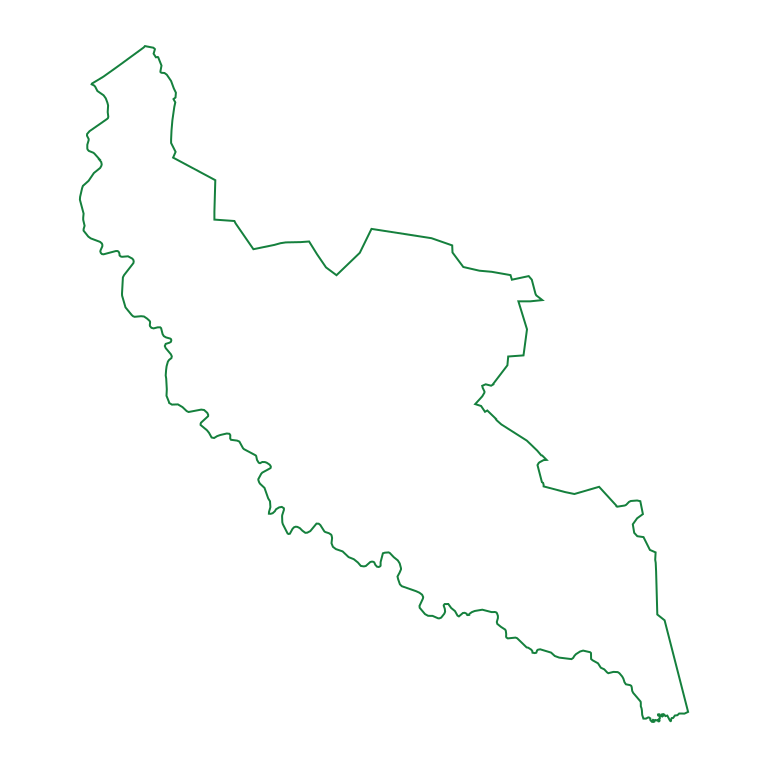 the district of Upmalas pag., Varkavas, Latvia
{"feature_id": "27541924B37499495130133", "entity_name": "Upmalas pag.", "entity_type": "district", "adm_level": 2, "iso_a3": "LVA", "parent_name": "Latvia", "parent_adm1": "Varkavas", "projection": "mercator", "projection_center": [26.475, 56.247], "detail": "fine", "context": "isolated", "style": "outline", "palette": "green", "viewbox_px": 768, "rotation_deg": 0, "n_neighbors": 0, "source": "geoboundaries", "source_scale": "gbopen_adm2", "svg_char_len": 6065}
<svg xmlns="http://www.w3.org/2000/svg" viewBox="0 0 768 768"><path d="M88.3,236.6L90.8,238.4L100.1,241.9L101.9,243.5L102.4,245.0L102.3,246.4L100.6,250.2L100.3,251.3L100.8,252.9L102.0,254.1L103.6,254.3L115.6,251.1L117.1,251.0L117.9,251.2L118.9,252.2L119.4,253.5L119.6,255.5L120.8,256.5L122.0,256.8L128.0,256.3L132.3,258.6L133.4,260.0L133.7,261.5L133.4,263.1L124.0,275.2L122.9,277.4L122.0,293.8L122.1,295.7L125.5,307.4L131.6,314.9L133.0,316.2L134.6,316.8L141.1,316.2L144.0,316.5L147.1,318.6L149.5,320.8L150.0,321.6L150.1,322.5L149.8,325.1L150.0,326.1L151.4,327.8L153.6,328.4L157.8,327.3L160.2,327.3L161.1,328.2L162.6,334.1L163.8,336.1L166.0,337.4L170.3,338.6L171.1,339.3L171.3,340.5L170.9,341.8L169.5,342.7L165.7,343.9L164.8,346.0L165.7,348.1L170.9,354.3L171.8,356.3L171.4,358.1L169.1,359.9L167.9,361.6L166.6,366.2L166.1,370.0L165.7,375.5L166.2,378.5L166.8,389.3L166.5,395.8L168.9,401.8L169.1,402.9L171.9,404.6L177.9,404.4L182.5,407.1L186.7,411.1L188.6,412.0L201.2,409.6L204.1,410.0L207.3,412.9L208.2,414.9L208.1,416.2L201.0,422.7L200.6,423.8L200.6,425.0L206.9,430.2L209.0,432.8L211.6,437.5L214.1,438.0L217.2,436.1L220.3,435.0L226.8,433.5L229.4,433.8L230.3,435.2L230.2,438.5L231.0,439.8L237.1,440.6L239.4,441.6L243.0,448.2L243.9,449.1L255.7,455.4L256.2,456.1L257.0,459.9L258.7,462.7L260.0,463.2L262.3,462.0L265.0,462.1L266.7,462.7L269.7,464.7L270.8,466.4L270.8,467.1L270.5,468.1L262.3,472.6L261.2,473.8L258.3,479.2L258.4,480.2L259.1,482.2L259.9,483.6L264.5,487.9L268.2,498.4L270.0,501.3L270.4,507.1L269.0,512.0L268.9,513.7L270.7,513.8L272.7,513.2L274.9,511.2L276.0,509.3L279.1,507.4L281.8,506.9L283.9,508.3L283.9,509.9L282.2,515.2L282.1,516.5L282.3,522.2L282.8,524.1L287.6,533.5L288.6,534.0L289.9,533.7L292.5,528.9L294.0,527.3L295.7,526.7L297.4,526.9L299.8,528.1L302.4,530.7L305.3,532.8L307.2,532.7L310.3,531.1L316.5,523.6L318.7,523.7L320.3,525.0L324.3,531.3L325.2,532.0L328.9,533.2L331.2,534.7L331.6,535.6L332.1,538.0L331.5,543.2L332.9,546.8L335.9,549.1L342.6,551.4L348.6,557.1L353.8,559.2L357.9,562.5L360.8,565.9L361.9,566.1L363.9,566.4L365.8,566.0L370.3,562.0L372.0,561.6L373.6,561.9L374.3,562.5L375.3,564.8L377.0,566.7L378.8,567.0L380.3,566.2L380.6,565.5L380.6,562.1L382.9,553.3L384.8,552.7L388.6,552.4L389.8,553.0L393.8,557.2L397.8,560.4L399.7,563.4L401.0,568.3L401.0,569.3L399.6,572.6L397.5,576.5L398.1,579.1L399.9,584.3L401.8,586.2L416.1,591.2L419.4,592.7L422.1,594.7L423.2,597.1L422.9,598.6L419.5,605.9L419.7,607.8L425.0,614.1L428.1,615.8L432.6,615.9L438.1,618.3L439.5,618.3L441.2,617.6L444.3,613.7L445.1,611.7L444.8,608.8L443.8,606.0L443.7,605.3L444.6,604.1L448.3,604.0L451.2,608.0L455.0,611.1L457.5,615.6L458.9,616.4L462.9,613.0L464.7,612.8L466.6,613.7L467.2,615.0L467.9,615.1L469.1,614.9L469.0,614.5L469.3,614.0L471.7,612.2L474.7,611.0L482.3,609.7L491.6,612.1L494.9,612.0L496.4,612.5L497.0,613.3L497.9,615.9L497.9,618.1L496.8,622.0L497.3,623.9L501.0,626.9L505.2,629.6L505.8,630.8L506.2,634.0L506.1,636.7L506.4,637.5L507.8,638.4L515.5,637.6L517.1,638.2L526.6,647.4L528.2,647.7L531.3,649.7L532.3,651.1L532.5,652.7L534.8,653.1L536.3,652.7L537.1,650.4L538.0,649.7L540.2,649.3L551.1,652.6L554.8,656.0L559.2,657.6L571.5,659.1L573.2,657.9L574.3,656.0L575.9,654.2L580.1,651.5L583.1,650.6L590.1,652.2L590.9,652.9L591.0,653.5L591.1,659.0L592.6,660.3L598.0,663.3L600.8,667.7L604.2,669.3L607.1,672.4L608.3,673.2L613.4,671.9L617.7,672.1L619.4,673.2L622.2,676.5L623.4,678.7L624.5,682.2L625.9,684.3L630.0,685.1L631.2,685.8L631.7,687.1L632.2,690.9L633.2,692.9L640.6,701.6L640.8,702.9L640.8,706.3L641.5,708.2L641.9,710.4L642.2,714.9L643.4,718.6L646.0,718.6L648.0,717.5L648.8,717.4L650.3,718.4L650.3,719.9L650.6,720.4L652.1,721.9L652.8,721.9L652.6,720.2L653.0,719.8L653.6,720.1L653.5,721.0L653.9,721.8L654.4,721.6L654.8,720.2L655.2,720.0L656.4,720.4L657.4,720.0L658.3,721.3L658.8,721.4L659.3,721.2L659.6,720.2L659.1,718.9L659.9,718.1L659.5,716.1L658.1,715.4L658.0,714.5L659.0,714.2L660.7,715.8L662.3,716.5L662.9,716.0L662.0,714.4L663.3,714.1L664.3,714.6L665.4,716.1L667.3,715.6L670.0,720.7L670.7,721.1L671.0,720.8L671.1,719.4L671.7,718.1L673.2,717.9L674.9,715.5L677.4,715.2L679.2,713.5L684.5,713.6L688.1,711.9L664.6,620.3L657.3,614.5L656.1,571.4L655.7,562.7L655.2,559.8L655.6,552.4L649.9,549.9L643.5,537.1L637.3,536.2L634.2,532.8L632.8,524.3L637.1,518.3L642.9,514.1L640.3,501.2L637.1,500.5L630.8,501.0L629.0,501.9L626.2,504.8L624.8,505.5L617.2,506.7L616.4,506.3L616.4,505.7L599.1,486.8L574.4,494.0L565.2,492.1L543.6,486.4L543.6,484.8L543.1,482.9L541.9,482.1L537.5,465.1L538.7,463.0L539.5,462.3L543.6,460.1L546.6,459.9L542.2,455.5L541.2,455.3L537.2,450.6L526.8,440.6L501.3,424.4L496.8,420.4L495.9,419.3L496.1,419.0L487.3,410.5L485.0,411.8L481.1,406.0L475.2,404.1L482.3,396.3L484.4,392.7L484.5,391.6L482.7,387.8L482.2,385.8L485.7,384.3L491.1,385.7L493.5,384.3L493.5,383.8L493.2,383.9L507.4,365.3L508.2,356.5L523.5,355.4L527.0,329.3L518.4,301.3L530.5,301.3L542.3,300.1L536.3,295.4L535.5,293.9L531.8,279.7L528.7,276.1L511.9,279.7L510.5,275.1L491.7,271.8L479.4,270.7L463.3,267.0L452.5,252.5L452.2,245.4L431.5,238.2L371.5,228.9L359.8,252.8L336.5,275.2L326.0,267.4L317.0,254.2L309.1,241.5L300.7,242.1L285.8,242.4L280.5,243.2L274.4,244.9L253.4,249.2L235.6,223.4L234.4,221.0L214.4,219.6L214.4,211.8L215.3,180.2L173.1,157.6L175.6,151.9L171.1,143.0L171.1,139.5L171.5,130.6L172.4,120.2L174.3,106.9L175.3,102.4L173.5,99.1L175.5,97.5L175.9,92.7L173.8,88.4L171.1,81.0L166.8,74.7L164.5,73.0L161.6,72.8L160.6,72.3L160.4,71.4L161.5,65.6L158.2,57.3L157.8,57.0L155.9,57.3L153.6,53.7L154.9,49.3L154.8,48.9L153.3,47.7L144.9,46.1L143.8,47.4L117.1,66.9L103.5,76.6L91.9,83.6L91.6,84.3L94.1,85.5L95.2,86.7L97.4,91.0L103.6,95.3L105.8,98.4L107.4,102.7L108.1,105.5L107.7,112.1L108.3,116.7L108.0,118.0L107.3,118.8L89.5,131.2L87.1,134.0L87.0,135.7L88.7,139.1L88.6,140.4L87.3,144.8L87.3,148.4L87.6,149.5L88.8,150.9L93.5,152.8L94.5,153.7L99.6,159.4L99.2,159.5L101.2,162.0L101.7,164.3L101.4,165.7L100.2,167.9L93.9,173.0L88.6,180.8L82.9,185.9L82.1,188.2L80.1,196.9L79.9,199.7L83.6,213.6L83.2,217.7L83.2,219.8L84.6,225.8L83.6,229.1L83.6,230.7L88.3,236.6Z" fill="none" stroke="#15803d" stroke-width="2"/></svg>